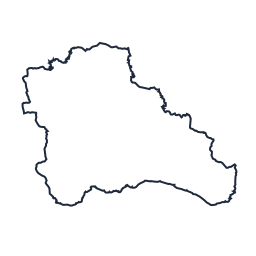 Wajo, Sulawesi Selatan, Indonesia (Albers equal-area conic projection), rotated 82°
{"feature_id": "22746128B4429389080756", "entity_name": "Wajo", "entity_type": "district", "adm_level": 2, "iso_a3": "IDN", "parent_name": "Indonesia", "parent_adm1": "Sulawesi Selatan", "projection": "albers", "projection_center": [120.188, -3.968], "detail": "fine", "context": "isolated", "style": "outline", "palette": "slate", "viewbox_px": 256, "rotation_deg": 82, "n_neighbors": 0, "source": "geoboundaries", "source_scale": "gbopen_adm2", "svg_char_len": 5794}
<svg xmlns="http://www.w3.org/2000/svg" viewBox="0 0 256 256"><g transform="rotate(82 128 128)"><path d="M192.1,209.5L192.5,207.4L193.2,206.3L193.1,205.3L193.7,205.1L195.1,202.9L195.5,198.4L196.7,196.2L197.0,194.4L196.4,191.0L196.0,190.0L195.2,189.8L195.2,188.7L194.8,187.3L194.4,187.0L194.8,186.2L194.7,184.7L194.0,183.9L192.3,183.6L191.6,183.0L191.0,183.1L190.4,182.2L189.3,181.7L188.3,180.6L186.1,180.0L185.1,178.9L185.6,178.5L185.6,177.4L183.9,173.4L183.3,172.9L181.5,173.2L180.9,172.5L181.2,168.8L182.1,168.6L182.5,168.2L182.4,167.8L183.3,167.4L186.6,161.8L186.5,160.3L187.9,159.8L188.9,158.8L189.2,156.1L188.5,155.2L189.2,154.8L189.5,153.7L189.1,152.0L188.3,151.2L188.7,149.7L188.7,148.9L188.3,148.4L189.2,147.3L189.2,146.3L190.0,146.4L190.5,145.1L189.9,143.9L188.3,142.8L187.9,142.8L187.1,141.4L186.7,141.3L185.9,138.5L185.5,137.8L184.7,138.1L184.3,136.6L185.2,136.1L187.2,133.7L187.4,132.6L187.0,132.2L187.6,132.1L187.8,131.7L188.0,129.6L187.5,128.1L185.3,125.4L184.3,123.0L183.4,119.8L182.6,118.7L182.7,117.4L183.8,114.0L184.0,112.8L183.8,112.6L185.2,107.7L185.4,105.2L185.0,103.6L185.8,102.9L189.1,95.7L189.0,94.9L190.5,91.8L190.7,89.9L192.0,90.3L194.2,88.0L195.9,83.6L197.7,80.3L198.1,79.1L197.9,78.7L198.2,78.7L201.2,73.5L202.4,72.8L203.3,70.0L206.1,66.4L209.5,63.0L212.8,60.3L214.7,57.7L215.5,57.2L216.0,55.8L216.1,53.6L216.0,51.5L215.2,50.7L215.1,47.3L214.5,44.9L214.8,42.9L214.0,41.8L214.7,41.4L215.0,39.1L214.4,38.1L212.4,37.1L213.3,36.3L212.7,36.5L212.1,37.2L211.9,36.4L212.3,36.2L212.1,35.8L211.7,36.1L211.9,37.1L211.6,36.6L211.8,37.1L210.7,36.9L209.4,35.8L208.6,35.8L208.0,33.5L207.0,32.1L206.8,31.0L205.9,31.1L206.1,31.5L205.5,32.2L205.5,31.9L204.8,31.7L204.6,31.1L203.1,30.2L202.3,30.1L201.5,30.6L201.0,30.4L200.5,30.7L199.0,29.5L196.8,29.4L190.6,28.2L189.5,27.4L187.3,27.4L187.0,26.8L185.1,26.7L182.2,27.8L180.1,26.6L178.9,27.4L180.8,31.5L180.6,32.9L181.3,34.7L181.1,36.0L175.7,39.5L174.6,41.0L174.4,43.0L172.8,45.6L171.6,45.9L170.2,48.2L166.5,49.2L165.5,48.6L163.1,48.2L161.7,49.4L160.6,49.8L158.6,49.2L157.4,47.7L155.8,47.7L155.0,47.3L152.3,45.0L151.2,45.0L150.7,46.4L149.4,47.6L149.2,48.7L148.0,50.6L145.8,51.6L144.0,51.8L143.5,52.2L143.4,53.7L142.7,53.7L142.3,56.9L141.6,59.2L140.0,61.0L140.2,61.5L140.0,62.0L137.9,64.2L137.1,66.1L136.3,66.5L135.3,66.4L127.6,64.6L125.4,65.0L123.6,65.8L123.6,66.5L122.9,66.7L122.2,67.8L123.0,68.3L123.1,68.9L123.7,69.1L123.9,69.7L122.9,70.6L122.9,71.7L124.6,73.0L124.9,73.6L122.1,75.1L121.8,76.2L122.1,77.8L121.7,79.0L120.1,79.6L120.9,82.3L120.6,83.6L120.0,84.0L118.6,84.2L117.3,85.1L116.8,86.7L116.9,87.7L117.6,88.5L117.2,89.1L114.7,90.3L114.1,90.1L113.8,89.5L113.3,90.8L112.2,91.2L112.5,90.3L111.3,90.5L110.8,89.8L111.6,89.8L111.3,87.5L108.5,87.2L108.3,88.3L106.3,88.6L105.4,88.1L103.9,88.7L103.5,89.8L102.0,89.6L101.9,90.6L101.1,89.9L100.0,91.2L98.9,90.9L98.4,91.4L97.6,91.3L96.5,92.1L96.2,92.7L95.8,92.1L94.1,91.9L94.0,94.2L93.2,95.2L91.5,96.3L91.7,98.7L91.4,100.1L92.5,101.2L89.5,109.1L89.3,110.2L88.2,111.7L84.4,114.5L83.7,116.2L83.7,117.0L83.1,117.8L81.0,118.4L79.2,117.8L78.0,117.8L78.6,115.3L77.7,114.4L76.7,114.8L77.1,115.7L76.7,116.2L76.0,116.1L75.7,115.1L75.1,115.1L74.7,115.5L74.6,116.1L73.4,115.7L71.9,117.0L68.6,117.6L67.9,117.4L68.1,116.3L67.4,116.2L66.4,118.0L63.4,118.1L63.2,118.6L62.8,118.0L61.1,117.4L60.7,118.7L57.1,117.4L56.7,115.5L53.6,116.4L49.2,116.6L49.5,117.1L49.2,117.4L49.9,117.8L49.1,119.7L48.7,120.0L48.8,122.4L47.9,124.9L47.8,126.3L45.7,128.2L45.9,132.5L45.6,133.5L43.2,136.3L41.8,138.6L39.9,144.2L42.1,147.1L42.6,151.9L44.8,155.1L44.5,156.6L44.7,157.0L44.1,157.7L45.7,159.4L42.4,162.3L41.9,163.2L41.2,165.5L41.0,166.9L41.4,168.1L41.0,170.0L41.3,170.1L41.1,170.4L41.5,170.7L41.2,171.7L41.9,173.2L43.9,173.8L44.1,174.3L43.9,174.6L44.4,174.8L44.4,175.5L45.1,175.4L45.7,174.8L45.4,174.3L45.7,173.8L46.1,174.4L46.4,174.4L46.5,175.1L47.2,175.8L48.8,176.0L48.8,176.7L49.9,177.7L50.1,177.6L50.0,176.6L50.7,176.8L50.7,177.2L51.2,177.1L51.2,177.7L50.5,178.4L50.8,179.3L51.5,179.1L52.0,180.0L53.3,179.5L53.2,180.0L54.0,180.3L53.8,180.8L54.6,180.9L54.2,182.2L54.5,182.5L54.4,183.1L53.4,184.8L52.6,185.1L52.0,187.0L50.4,187.7L49.9,188.6L49.6,190.1L50.0,190.8L50.6,190.8L50.9,191.5L50.4,192.3L49.9,192.4L50.8,192.8L50.6,193.8L51.2,194.3L52.1,194.3L52.1,194.9L51.5,195.0L51.1,195.6L51.3,196.0L51.7,195.8L52.0,196.0L51.4,196.5L52.2,196.4L52.5,196.9L52.9,196.1L53.1,196.1L53.1,196.5L53.3,196.6L54.0,195.7L56.4,195.6L56.7,196.4L56.6,197.1L57.2,197.3L58.2,196.0L58.3,195.4L57.5,195.5L57.9,195.1L57.6,194.9L57.5,194.2L58.1,194.1L58.3,194.4L57.8,194.5L58.4,194.6L59.8,196.6L59.5,197.7L58.7,198.3L58.9,199.6L57.8,202.3L56.6,202.7L55.4,203.9L55.7,206.4L56.3,208.3L56.1,208.6L56.3,210.7L55.7,212.0L56.0,213.7L55.4,214.2L55.1,215.4L55.1,217.9L56.2,219.6L60.5,219.8L62.5,220.4L62.7,220.9L62.3,221.9L62.6,223.2L63.4,224.8L64.3,225.2L67.4,224.3L68.9,223.1L73.8,223.1L77.5,222.4L78.5,223.7L79.3,223.7L80.6,223.1L81.7,223.2L82.8,222.5L85.3,222.3L88.4,221.4L89.1,222.1L89.2,223.6L88.6,225.5L88.9,226.9L88.6,227.9L89.5,229.1L92.4,229.4L96.6,228.9L99.1,228.9L98.4,224.7L99.4,222.4L99.0,220.9L100.1,216.9L100.7,216.8L102.4,217.4L104.3,217.2L107.6,218.4L111.0,217.1L114.0,215.6L114.8,213.7L115.5,210.6L117.4,210.0L118.1,209.0L118.9,209.0L119.9,208.0L120.3,209.3L120.8,209.7L123.1,209.0L123.9,209.8L125.3,209.9L127.2,210.6L128.6,210.0L131.0,210.3L132.4,211.4L134.0,211.6L137.0,213.6L145.3,213.7L147.5,213.1L149.5,215.2L149.5,217.2L150.3,219.3L150.0,221.2L151.3,223.3L152.0,223.9L153.5,223.9L155.0,224.8L155.8,224.9L158.3,224.2L160.1,223.2L163.1,219.8L164.5,217.5L165.9,216.6L168.7,215.9L170.6,217.1L171.3,217.1L175.1,214.9L177.1,214.2L182.2,214.6L185.5,211.8L186.9,211.8L187.3,211.3L187.0,210.7L187.2,210.1L189.3,208.9L189.7,209.1L189.8,208.8L190.6,208.7L191.5,209.7L192.1,209.5Z" fill="none" stroke="#1e293b" stroke-width="2"/></g></svg>